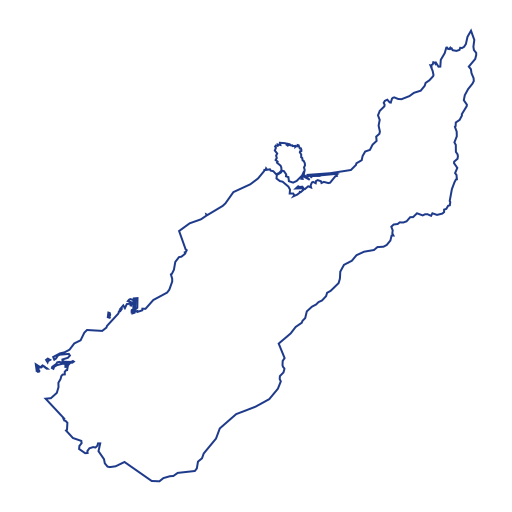 Nelson City, Nelson City, New Zealand
{"feature_id": "76426892B89864020181471", "entity_name": "Nelson City", "entity_type": "district", "adm_level": 2, "iso_a3": "NZL", "parent_name": "New Zealand", "parent_adm1": "Nelson City", "projection": "robinson", "projection_center": [173.399, -41.222], "detail": "fine", "context": "isolated", "style": "outline", "palette": "blue", "viewbox_px": 512, "rotation_deg": 0, "n_neighbors": 0, "source": "geoboundaries", "source_scale": "gbopen_adm2", "svg_char_len": 5972}
<svg xmlns="http://www.w3.org/2000/svg" viewBox="0 0 512 512"><path d="M151.7,481.0L159.4,481.3L163.4,478.1L170.0,476.2L173.3,476.0L177.7,472.9L194.8,471.0L196.8,468.5L198.0,461.6L202.0,458.3L203.7,453.5L216.0,438.6L219.8,428.4L236.2,414.1L255.5,406.7L269.3,399.1L277.9,388.7L280.8,381.4L279.7,379.0L279.9,376.1L283.5,372.4L284.3,369.5L284.4,368.5L283.0,366.8L282.5,365.2L282.7,360.9L284.6,358.1L278.7,343.6L290.7,333.4L295.7,326.9L301.7,322.8L302.6,320.7L305.2,318.1L306.8,311.4L311.9,306.7L316.1,304.5L318.5,302.1L322.0,300.5L326.1,296.1L327.1,292.8L330.6,290.9L338.6,283.1L339.9,278.7L340.3,271.6L344.0,264.8L351.8,260.8L356.5,255.2L364.1,251.7L374.0,250.0L377.4,247.1L383.5,246.7L386.7,245.0L390.4,240.5L391.6,235.5L393.4,235.5L392.3,233.3L392.7,230.4L391.3,226.7L393.7,224.5L397.7,224.0L399.6,222.4L403.3,222.5L406.6,221.3L410.2,217.2L413.1,217.1L417.0,213.3L422.7,215.4L425.0,214.3L427.4,214.2L431.1,215.8L432.4,213.3L437.0,214.9L442.3,213.6L444.1,212.1L444.1,209.6L446.3,208.9L448.1,205.8L449.8,205.3L450.3,202.1L449.7,201.0L451.9,189.1L454.5,182.2L455.9,179.5L456.9,179.3L456.5,175.0L455.1,173.1L457.3,167.9L454.0,163.1L454.2,161.6L457.5,158.8L457.9,156.4L457.6,154.4L455.9,151.9L455.8,144.9L454.4,142.4L456.8,136.3L456.7,131.7L454.9,126.8L455.6,126.1L455.8,122.5L459.6,119.9L461.9,115.6L461.8,114.2L466.7,106.2L466.9,104.7L463.8,100.2L464.8,95.2L468.1,89.1L472.5,83.6L473.8,81.0L473.6,78.2L471.5,73.2L470.9,69.2L468.8,66.6L475.2,59.0L476.2,55.1L476.2,52.9L473.9,50.0L473.4,46.7L474.3,39.9L471.0,30.7L467.5,36.8L465.9,44.0L464.1,46.8L461.9,48.1L460.2,47.8L459.5,49.9L456.5,50.9L452.6,50.2L451.6,48.3L450.4,48.9L450.1,47.9L449.1,49.0L448.0,48.9L447.0,47.5L446.3,47.6L444.7,53.2L440.8,59.8L440.3,66.6L438.5,66.7L436.0,62.8L435.5,63.8L434.8,62.7L433.3,62.2L432.7,64.4L431.1,65.2L431.3,66.0L430.6,65.7L432.7,71.1L433.5,75.0L433.2,76.1L429.4,80.3L425.6,82.9L424.7,85.8L420.7,90.7L414.0,92.8L409.4,96.1L401.5,99.2L398.2,99.0L394.3,97.4L392.9,97.8L392.0,98.6L390.8,102.6L389.7,102.4L387.3,99.7L384.8,100.9L383.7,102.9L384.6,104.6L384.4,106.3L379.8,110.8L378.0,115.3L379.7,119.9L378.6,125.6L379.9,131.6L379.4,133.8L376.2,136.6L376.6,140.9L372.6,144.6L369.9,149.9L365.2,151.5L362.6,156.0L361.7,160.2L356.4,163.3L356.0,164.9L350.9,170.0L330.3,173.2L307.4,174.9L307.1,176.2L310.0,175.8L311.2,177.1L312.5,176.0L319.7,175.9L321.1,175.3L336.8,173.8L337.4,174.0L336.4,174.6L336.9,175.9L335.4,176.2L330.1,182.7L328.4,183.1L323.8,181.9L321.5,183.0L321.0,181.3L317.7,180.1L316.0,181.1L315.7,183.2L313.1,181.9L311.9,182.5L310.6,185.5L311.1,187.5L308.2,186.3L304.9,189.1L303.9,188.9L302.4,186.7L299.6,187.0L298.2,186.3L295.8,188.5L302.3,188.2L303.2,190.0L300.8,192.1L299.8,191.9L299.6,192.8L297.2,194.6L293.6,196.2L294.3,195.2L293.2,193.5L289.7,193.5L290.0,189.6L288.4,186.6L282.6,181.7L279.9,181.1L276.5,178.5L276.8,175.0L280.9,172.6L282.2,170.7L283.9,171.1L286.2,174.4L286.0,176.3L288.4,177.1L288.9,181.2L293.1,182.6L296.6,181.0L301.0,176.6L302.1,177.8L301.6,178.8L302.6,178.9L301.9,175.9L303.0,173.5L303.8,176.6L309.7,179.8L303.7,174.7L304.7,170.0L304.0,167.4L305.0,165.4L304.8,163.2L303.7,160.9L302.6,160.4L302.2,157.9L301.2,157.3L301.2,154.5L299.8,152.2L300.1,151.3L301.3,151.1L301.4,149.8L300.8,148.3L299.8,148.4L298.6,145.3L297.6,145.0L297.3,146.3L296.1,146.2L295.2,147.0L295.1,145.9L292.6,146.1L292.3,145.3L290.6,145.3L289.8,144.3L288.2,143.9L288.7,145.2L287.8,145.5L287.7,144.7L286.6,144.8L286.3,143.7L285.1,143.2L280.0,142.8L280.4,145.0L278.0,144.5L278.3,145.2L277.7,145.9L276.0,145.4L275.1,146.5L275.9,147.9L274.8,150.5L277.2,153.5L276.1,155.7L276.8,158.0L275.6,160.0L277.6,161.6L277.0,162.7L280.6,165.7L281.3,167.5L281.5,170.4L279.0,173.1L276.1,174.2L273.3,171.2L270.6,170.6L269.9,169.3L267.1,169.8L266.1,168.4L265.6,170.0L264.4,169.9L264.1,171.1L258.0,178.5L250.3,184.3L233.4,192.1L225.4,203.4L222.7,205.9L207.5,215.0L206.3,214.4L206.6,215.5L201.0,219.3L189.7,223.3L179.1,231.0L185.6,249.3L186.7,250.2L186.0,251.8L184.8,252.3L185.3,253.3L184.8,254.0L181.4,256.7L179.0,257.1L175.3,261.9L173.9,269.8L171.9,273.8L170.9,274.4L172.2,278.7L172.2,281.6L169.3,289.7L167.1,292.6L153.3,300.0L145.5,308.8L142.4,308.7L142.3,310.3L137.5,311.9L137.4,311.0L134.9,311.5L134.6,312.7L133.1,313.2L134.5,310.0L137.3,307.8L137.5,298.1L132.9,298.5L135.5,299.3L135.4,301.4L135.1,308.6L133.9,309.5L132.5,312.6L131.7,312.6L131.6,310.8L131.8,310.0L133.3,309.5L133.5,300.1L130.4,299.1L129.2,299.6L127.9,301.1L131.8,302.5L131.3,305.3L130.8,303.8L131.0,305.5L130.5,305.4L130.2,303.6L126.8,304.1L124.9,308.1L123.3,305.4L120.4,308.8L121.0,309.0L120.1,310.2L121.1,309.9L120.2,311.2L119.4,311.0L118.2,313.7L107.0,325.9L106.4,327.6L102.2,330.9L87.0,330.0L84.3,332.7L80.6,340.3L74.3,343.4L69.5,349.7L64.6,352.3L59.9,353.4L53.2,357.0L54.3,359.7L56.0,358.5L57.8,355.7L59.7,354.7L68.8,353.9L69.9,355.5L67.9,357.8L62.4,359.5L62.5,361.0L64.8,361.8L71.2,361.9L72.9,361.0L73.8,361.6L72.3,362.7L62.7,363.0L59.5,361.9L57.3,362.3L56.1,364.1L52.3,366.8L51.9,368.0L53.4,368.8L54.2,366.8L57.0,365.1L62.3,363.8L69.3,363.9L67.5,365.9L65.4,365.9L65.4,366.9L67.7,366.8L67.1,370.1L66.1,370.2L64.7,371.9L64.8,374.4L62.6,374.6L61.3,376.1L60.6,378.9L58.4,382.8L58.5,387.2L56.8,392.9L50.9,398.2L45.6,398.7L64.0,418.4L63.4,418.7L64.3,420.5L65.5,420.8L67.4,422.8L67.0,429.7L66.0,430.5L72.9,438.0L81.3,440.9L81.6,443.2L79.4,445.9L79.1,449.0L85.2,453.2L87.6,453.0L87.4,451.0L89.4,448.3L93.1,447.1L95.5,447.5L97.4,445.7L98.0,443.4L100.2,443.4L98.5,451.2L104.0,459.2L104.8,463.3L107.5,466.6L109.8,467.1L115.6,466.3L124.5,462.0L151.7,481.0ZM40.5,367.3L35.8,364.3L36.7,370.7L37.7,371.8L38.9,371.7L39.3,371.4L39.3,371.2L37.6,371.0L38.7,370.0L36.6,368.1L36.3,365.4L36.6,366.9L38.5,368.4L39.0,367.8L37.9,366.6L39.6,367.3L41.4,367.4L42.8,365.9L45.5,367.2L42.5,365.4L40.5,367.3ZM109.2,316.9L110.2,314.9L109.7,313.0L108.4,312.6L107.8,317.2L110.4,318.0L109.2,316.9ZM47.6,362.3L48.0,361.1L50.1,359.9L47.8,358.6L46.1,359.9L47.6,362.3ZM47.4,368.7L46.4,367.9L45.8,368.0L46.7,368.7L47.4,368.7Z" fill="none" stroke="#1e3a8a" stroke-width="2"/></svg>